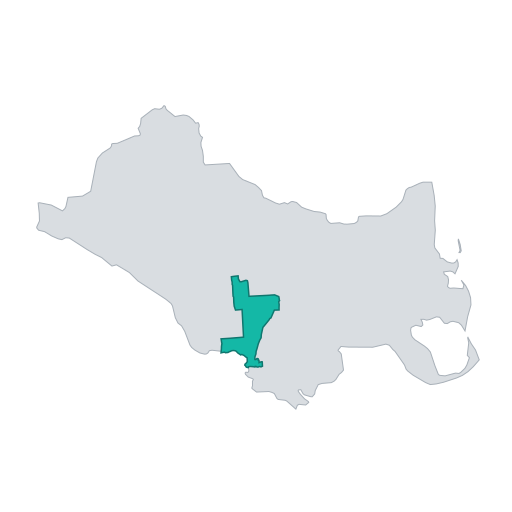 location of Gorogly, Tashauz, Turkmenistan, rotated 177°
{"feature_id": "10190150B22032040795574", "entity_name": "Gorogly", "entity_type": "district", "adm_level": 2, "iso_a3": "TKM", "parent_name": "Turkmenistan", "parent_adm1": "Tashauz", "projection": "equal_earth", "projection_center": [59.965, 40.525], "detail": "fine", "context": "in_parent", "style": "filled", "palette": "teal", "viewbox_px": 512, "rotation_deg": 177, "n_neighbors": 0, "source": "geoboundaries", "source_scale": "gbopen_adm2", "svg_char_len": 5649}
<svg xmlns="http://www.w3.org/2000/svg" viewBox="0 0 512 512"><g transform="rotate(177 256 256)"><path d="M144.1,158.8L168.4,160.2L175.9,161.2L179.0,157.7L178.8,156.9L177.7,156.1L176.0,153.7L174.6,137.5L176.7,135.2L179.2,133.5L182.7,128.5L184.6,126.9L187.4,125.6L196.7,125.3L200.6,124.3L203.9,118.5L204.6,115.2L207.2,112.5L208.6,112.6L214.9,114.8L216.2,116.0L218.3,120.2L220.6,120.0L221.0,119.3L220.7,118.3L219.0,115.7L215.1,110.9L211.3,107.9L211.0,107.0L214.2,104.6L220.8,105.6L222.5,104.8L224.2,101.0L232.9,109.6L234.5,110.4L241.4,111.6L242.6,112.7L244.9,117.7L247.3,119.0L250.2,120.0L262.6,120.1L266.4,123.4L267.1,124.3L266.3,126.6L266.1,131.1L265.1,132.9L265.7,133.6L270.1,135.5L272.7,138.4L273.0,139.7L272.2,140.5L270.2,140.1L269.2,141.4L269.2,143.8L270.7,146.0L271.1,148.0L269.0,152.7L268.9,154.6L269.6,155.8L280.8,162.9L282.6,163.1L293.4,161.8L295.4,162.6L304.8,164.2L307.5,163.9L309.2,161.6L310.9,160.7L312.6,160.7L317.1,162.1L321.9,165.2L325.0,168.0L326.6,170.5L331.1,184.5L334.0,190.2L337.4,193.1L339.8,198.6L342.0,210.5L343.3,213.0L348.5,217.7L375.2,237.2L383.3,246.1L395.8,254.5L400.4,253.5L410.2,262.5L416.4,266.0L424.5,271.4L441.5,283.7L445.1,284.2L449.0,282.5L452.6,283.5L459.0,286.7L465.9,291.4L471.7,293.1L473.3,295.2L473.5,296.3L470.4,302.3L470.2,310.0L470.8,320.3L469.3,320.5L457.8,317.6L446.9,311.2L444.4,313.3L443.2,315.4L440.7,324.4L426.1,324.9L417.7,329.3L410.4,358.5L408.8,362.1L404.0,366.9L395.8,371.6L394.5,373.5L394.3,375.3L393.2,375.8L388.6,375.8L371.0,382.2L367.1,382.2L365.6,382.7L365.0,383.9L367.0,389.7L365.4,391.4L364.3,394.3L363.5,399.5L352.0,407.4L349.5,408.4L344.8,407.6L342.4,408.4L340.0,411.0L338.8,410.2L338.2,407.6L336.9,406.0L329.6,399.5L321.3,400.6L318.1,400.0L315.7,398.9L311.8,395.3L309.4,391.8L306.8,392.2L306.0,390.5L305.9,388.6L306.6,386.2L306.4,381.8L304.9,378.6L303.2,377.3L305.1,372.2L305.1,368.4L303.9,364.2L303.4,358.3L303.7,352.5L302.1,349.6L277.6,349.8L268.9,336.3L265.3,333.0L253.2,327.4L249.9,324.3L247.1,321.0L246.4,316.4L245.1,313.7L243.2,313.2L233.7,307.9L229.9,306.5L224.8,307.8L221.7,306.3L218.1,308.4L216.5,308.5L212.7,307.3L207.9,302.4L203.9,300.5L195.6,297.4L189.7,296.5L184.5,294.6L183.9,293.9L183.8,289.8L183.1,288.2L181.7,286.1L179.6,284.6L170.7,284.8L166.6,283.3L163.3,283.0L156.2,283.3L153.9,284.4L152.5,285.7L151.6,289.6L150.8,290.2L143.9,290.3L129.3,289.4L123.1,291.4L113.4,297.5L107.8,302.6L106.2,304.9L102.8,314.0L101.3,315.3L99.4,316.4L97.5,316.6L88.7,320.1L85.3,321.0L76.6,320.5L74.9,307.1L74.4,296.5L75.8,281.8L75.6,272.4L77.4,258.1L77.0,254.7L72.7,248.4L72.2,244.1L69.5,243.8L65.3,240.1L61.0,238.7L58.9,238.6L56.9,239.7L55.4,241.8L54.5,238.5L54.6,235.0L58.2,227.8L60.3,229.9L62.9,230.8L69.5,230.3L68.9,227.9L65.6,225.4L65.0,222.2L65.4,218.8L66.4,215.7L65.4,214.4L63.9,213.6L60.3,213.7L51.1,212.5L49.9,216.2L52.3,221.1L48.2,215.5L45.6,209.8L43.9,203.1L43.9,195.9L47.8,184.4L51.2,170.2L54.5,176.2L57.1,178.8L62.7,180.5L65.5,180.1L68.5,178.5L71.4,179.0L75.8,185.2L79.0,185.8L85.8,183.5L89.0,183.0L91.7,184.0L94.6,184.1L93.4,181.2L93.0,178.4L94.7,176.9L100.0,178.5L104.2,176.8L105.0,176.1L105.5,173.7L105.0,168.9L104.1,166.8L101.7,164.0L92.5,157.2L89.5,154.5L86.9,151.0L83.1,137.1L80.1,128.2L78.8,127.2L73.4,126.4L63.0,128.6L59.4,128.1L57.6,129.1L53.3,132.8L51.2,136.0L48.2,143.3L50.2,145.7L48.1,158.1L48.9,163.3L48.6,163.7L45.6,157.1L41.7,150.6L38.5,140.6L44.9,134.0L50.4,129.4L56.1,126.0L62.1,123.7L75.4,120.1L82.8,118.8L88.7,118.5L93.2,120.7L105.3,128.7L110.5,133.2L112.0,135.1L113.4,139.4L122.1,153.4L124.2,155.4L127.5,159.9L130.9,161.2L144.1,158.8ZM53.3,260.6L53.0,262.5L51.5,256.8L50.8,250.4L51.9,248.7L53.1,248.8L51.9,251.0L53.3,260.6Z" fill="#d9dde1" stroke="#a8b0b8" stroke-width="1"/><path d="M271.2,145.4L270.9,145.3L269.5,145.0L269.2,145.8L267.6,146.0L266.7,145.9L265.5,145.7L264.9,145.7L264.4,145.6L264.1,145.5L263.8,145.4L263.2,145.3L262.7,145.3L262.6,145.8L262.4,145.8L261.5,145.6L260.9,145.1L259.7,145.0L258.8,145.4L258.5,145.5L257.8,145.3L257.7,145.3L257.0,145.1L256.8,145.0L256.2,145.3L255.5,145.5L255.3,145.6L255.3,145.9L255.3,146.4L255.3,147.4L255.3,148.5L255.3,149.4L255.3,149.7L255.3,149.9L255.5,149.9L255.9,150.1L256.0,150.1L256.6,150.0L257.5,149.7L258.3,149.5L258.5,149.4L258.5,151.7L259.2,151.8L259.2,153.1L259.3,153.1L260.2,153.6L260.4,153.5L261.5,152.7L262.0,152.6L262.5,152.7L262.5,153.8L262.4,155.2L261.2,158.2L260.9,160.7L259.8,163.6L258.3,168.2L256.6,171.9L255.2,174.0L254.8,177.3L253.0,183.8L252.9,184.3L251.2,186.1L246.0,191.9L245.7,192.7L245.2,193.0L244.4,193.3L243.5,195.0L240.5,201.0L236.0,200.9L235.8,200.9L235.7,203.2L235.4,206.4L235.5,207.2L235.7,209.3L235.4,209.6L235.1,209.8L234.8,210.2L235.1,211.3L235.1,212.5L235.4,214.3L239.4,216.2L242.2,216.2L245.3,216.1L265.1,216.1L265.5,229.8L265.6,230.3L265.9,231.8L267.1,232.2L267.8,232.2L268.7,231.9L268.8,231.9L270.4,231.5L271.9,231.1L273.2,231.1L273.4,231.4L273.5,231.4L274.2,232.8L274.5,233.5L274.8,234.1L274.8,234.5L274.9,237.1L278.4,236.9L281.7,236.6L281.6,233.2L281.2,231.4L281.2,230.3L281.3,228.9L281.1,228.4L280.9,227.8L281.0,221.0L281.0,217.0L280.9,216.8L280.5,216.2L280.6,210.8L280.4,207.0L279.3,203.1L272.7,203.3L272.7,180.2L272.7,175.6L286.7,175.2L294.9,175.1L295.2,175.1L294.9,172.3L294.8,171.4L294.6,170.1L294.8,169.6L295.2,167.5L295.4,165.0L295.9,161.8L296.0,161.1L294.2,161.4L292.5,161.6L291.6,161.0L289.1,161.1L287.9,161.7L286.9,162.0L285.2,162.7L283.4,162.8L281.4,162.4L280.6,161.7L279.9,160.9L278.8,159.7L277.8,159.1L276.5,158.0L275.3,158.4L274.3,157.9L273.0,157.2L271.6,155.8L270.2,154.8L270.2,153.3L270.2,152.1L270.2,150.9L271.1,150.0L271.5,149.3L272.6,148.6L272.9,147.6L272.1,146.7L271.8,145.9L271.2,145.4Z" fill="#14b8a6" stroke="#0f766e" stroke-width="1.5"/></g></svg>